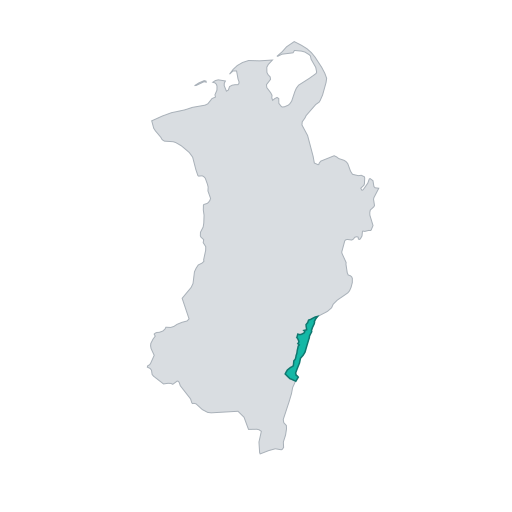 location of Ferap, Chardzhou, Turkmenistan, rotated 72°
{"feature_id": "10190150B85284171000924", "entity_name": "Ferap", "entity_type": "district", "adm_level": 2, "iso_a3": "TKM", "parent_name": "Turkmenistan", "parent_adm1": "Chardzhou", "projection": "equal_earth", "projection_center": [63.283, 39.35], "detail": "fine", "context": "in_parent", "style": "filled", "palette": "teal", "viewbox_px": 512, "rotation_deg": 72, "n_neighbors": 0, "source": "geoboundaries", "source_scale": "gbopen_adm2", "svg_char_len": 4779}
<svg xmlns="http://www.w3.org/2000/svg" viewBox="0 0 512 512"><g transform="rotate(72 256 256)"><path d="M157.4,169.7L179.0,170.9L185.6,171.8L188.4,168.7L188.3,167.9L187.3,167.3L185.8,165.1L184.8,150.7L186.7,148.7L188.9,147.2L192.2,142.7L193.9,141.3L196.4,140.2L204.6,139.9L208.1,139.0L211.2,133.9L211.8,130.9L214.1,128.5L215.4,128.5L220.9,130.6L222.1,131.6L223.9,135.4L226.0,135.1L226.3,134.5L226.1,133.7L224.5,131.4L221.2,127.1L217.8,124.5L217.6,123.6L220.5,121.5L226.4,122.4L227.9,121.7L229.5,118.3L237.0,125.9L238.4,126.7L244.6,127.7L245.6,128.7L247.6,133.1L249.7,134.3L252.3,135.1L263.2,135.3L266.6,138.2L267.2,139.0L266.5,141.0L266.2,145.0L265.3,146.6L265.8,147.3L269.7,149.0L272.0,151.5L272.2,152.6L271.5,153.4L269.7,153.0L268.8,154.2L268.7,156.3L270.0,158.2L270.4,160.0L268.4,164.2L268.4,165.9L269.0,166.9L278.8,173.3L280.4,173.4L290.0,172.3L291.7,173.0L300.1,174.4L302.5,174.2L304.1,172.2L305.6,171.4L307.1,171.3L311.0,172.6L315.2,175.3L318.0,177.8L319.4,180.0L323.1,192.4L325.7,197.5L328.6,200.1L330.7,205.0L332.5,215.6L333.6,217.8L338.2,222.0L361.6,239.3L368.7,247.2L379.7,254.7L383.7,253.8L392.4,261.8L397.9,264.8L405.0,269.7L419.9,280.6L423.1,281.1L426.6,279.5L429.8,280.4L435.4,283.2L441.4,287.5L446.6,288.9L448.0,290.8L448.1,291.8L445.3,297.2L445.0,304.0L445.5,313.2L444.1,313.3L433.9,310.7L424.4,305.1L422.1,306.9L421.0,308.8L418.6,316.7L405.7,317.2L398.1,321.1L391.3,347.1L389.8,350.3L385.5,354.5L378.1,358.7L377.0,360.4L376.7,362.0L375.8,362.4L371.7,362.4L356.0,368.1L352.6,368.1L351.2,368.6L350.6,369.6L352.3,374.8L350.9,376.3L349.9,378.9L349.1,383.5L338.8,390.5L336.6,391.4L332.4,390.7L330.3,391.4L328.1,393.7L327.0,393.0L326.5,390.7L325.4,389.3L319.0,383.5L311.6,384.4L308.8,384.0L306.6,383.0L303.3,379.7L301.1,376.6L298.8,377.0L298.2,375.5L298.1,373.8L298.7,371.7L298.6,367.8L297.3,365.0L295.9,363.7L297.6,359.2L297.6,355.8L296.6,352.2L296.2,346.9L296.5,341.7L295.1,339.1L273.4,339.3L265.8,327.3L262.7,324.4L252.0,319.4L249.1,316.7L246.7,313.7L246.1,309.6L245.0,307.2L243.3,306.9L235.0,302.1L231.6,300.9L227.0,302.1L224.3,300.7L221.1,302.5L219.7,302.7L216.3,301.5L212.1,297.3L208.6,295.5L201.2,292.8L196.0,291.9L191.4,290.3L190.9,289.7L190.9,286.1L190.3,284.6L189.0,282.8L187.2,281.4L179.3,281.6L175.6,280.2L172.8,280.0L166.4,280.2L164.3,281.2L163.1,282.4L162.3,285.9L161.6,286.4L155.4,286.5L142.4,285.7L136.9,287.5L128.2,292.9L123.2,297.4L121.7,299.5L118.5,307.5L117.2,308.7L115.5,309.6L113.8,309.8L105.9,313.0L102.9,313.8L95.2,313.4L93.9,301.4L93.6,292.0L95.0,278.9L95.0,270.6L96.8,257.9L96.4,254.8L92.7,249.2L92.3,245.4L90.0,245.2L86.2,241.9L82.4,240.6L80.5,240.6L78.7,241.5L77.4,243.4L76.6,240.4L76.8,237.4L80.1,231.0L81.9,232.8L84.2,233.6L90.1,233.2L89.6,231.0L86.7,228.8L86.2,225.9L86.6,223.0L87.5,220.2L86.7,219.0L85.3,218.3L82.2,218.4L74.0,217.3L72.9,220.7L74.9,225.0L71.4,220.0L69.1,215.0L67.8,209.0L67.8,202.6L71.5,192.3L74.7,179.8L77.6,185.1L79.8,187.4L84.8,188.9L87.3,188.5L90.0,187.2L92.5,187.6L96.3,193.1L99.2,193.7L105.2,191.6L108.1,191.1L110.5,192.1L113.1,192.1L112.1,189.5L111.7,187.0L113.3,185.7L117.9,187.1L121.7,185.7L122.4,185.0L122.9,182.9L122.5,178.6L121.7,176.8L119.7,174.2L111.6,168.2L108.9,165.8L106.7,162.7L103.5,150.3L101.0,142.5L99.9,141.5L95.1,140.9L85.8,142.8L82.6,142.4L81.0,143.2L77.1,146.5L75.2,149.4L72.4,155.9L74.2,158.0L72.1,169.0L72.8,173.7L72.4,174.0L69.9,168.1L66.5,162.3L63.9,153.4L69.7,147.6L74.6,143.5L79.7,140.5L85.1,138.4L97.0,135.2L103.5,134.1L108.8,133.9L112.7,135.8L123.4,142.9L127.9,146.9L129.2,148.5L130.4,152.4L137.9,164.9L139.7,166.6L142.7,170.6L145.6,171.8L157.4,169.7ZM75.3,260.1L75.0,261.8L73.7,256.7L73.2,251.1L74.2,249.5L75.3,249.6L74.2,251.6L75.3,260.1Z" fill="#d9dde1" stroke="#a8b0b8" stroke-width="1"/><path d="M334.1,226.5L335.3,227.4L335.4,227.6L335.5,227.6L336.0,228.5L336.7,229.6L338.7,230.1L339.5,230.2L341.8,230.6L341.8,230.8L341.8,231.0L341.6,233.5L342.6,233.0L342.9,232.9L343.9,233.8L344.3,235.5L344.5,237.3L344.3,238.7L343.2,240.4L345.1,241.6L346.1,242.2L346.1,242.3L348.5,241.7L350.7,241.7L350.9,241.7L351.4,242.2L352.3,243.3L352.4,243.2L353.9,242.3L354.4,243.1L354.7,243.7L354.9,243.8L356.5,244.7L357.8,245.5L358.5,245.9L359.5,246.4L360.2,246.7L361.6,247.5L363.0,248.6L363.9,249.0L364.0,249.1L364.6,249.4L366.4,250.6L366.6,251.0L367.0,251.7L367.4,252.4L371.7,254.3L372.0,254.5L372.3,255.7L372.6,256.5L372.6,257.5L374.1,261.4L375.6,263.1L377.2,264.7L380.6,263.0L383.2,261.6L384.3,260.2L385.8,258.6L387.4,256.8L384.3,253.2L382.9,253.8L381.9,254.7L379.5,254.5L376.1,251.8L371.2,247.7L367.0,245.3L365.0,241.9L362.6,239.1L357.1,235.4L351.9,231.8L350.3,230.6L348.5,229.8L345.2,226.4L343.8,226.2L341.2,224.2L338.5,221.6L337.1,220.8L336.3,220.8L334.3,218.8L332.5,216.1L332.3,218.5L332.8,221.7L333.2,223.7L333.2,225.8L334.1,226.5Z" fill="#14b8a6" stroke="#0f766e" stroke-width="1.5"/></g></svg>